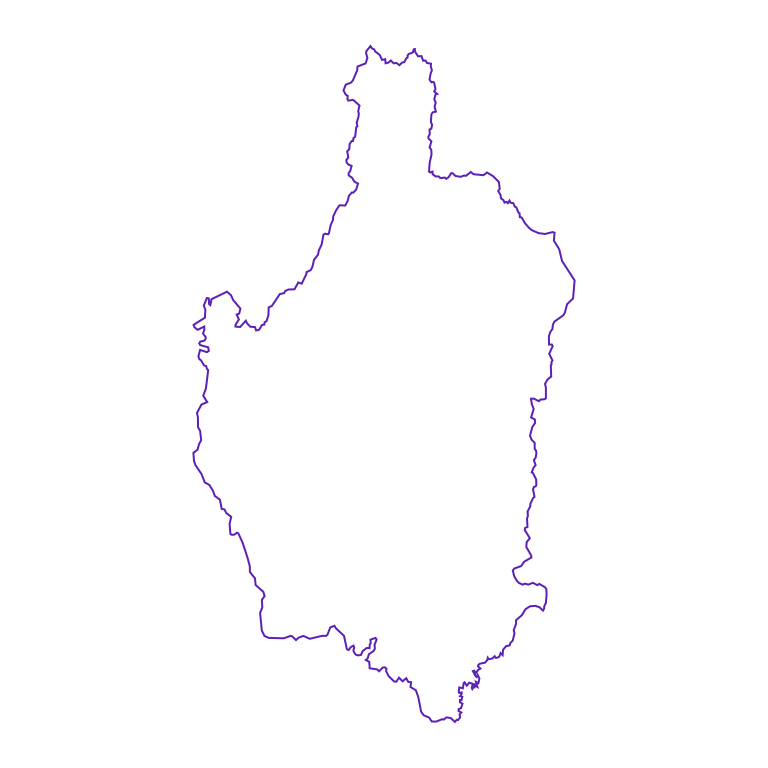 the district of Nakhon Thai, Phitsanulok, Thailand
{"feature_id": "78962969B15017109153074", "entity_name": "Nakhon Thai", "entity_type": "district", "adm_level": 2, "iso_a3": "THA", "parent_name": "Thailand", "parent_adm1": "Phitsanulok", "projection": "equal_earth", "projection_center": [100.905, 17.13], "detail": "fine", "context": "isolated", "style": "outline", "palette": "violet", "viewbox_px": 768, "rotation_deg": 0, "n_neighbors": 0, "source": "geoboundaries", "source_scale": "gbopen_adm2", "svg_char_len": 6072}
<svg xmlns="http://www.w3.org/2000/svg" viewBox="0 0 768 768"><path d="M204.0,365.3L206.2,366.1L206.9,368.9L208.2,370.1L205.9,388.6L203.2,395.7L207.2,402.1L201.4,404.6L197.0,413.0L197.9,417.1L198.0,427.1L200.1,430.9L201.2,440.2L199.1,444.0L197.5,449.8L193.4,452.8L194.0,461.0L195.5,465.2L201.5,474.0L204.8,482.4L209.3,484.9L212.9,490.6L214.8,495.9L219.9,499.7L221.7,508.9L224.4,509.4L226.4,513.2L231.2,516.8L229.6,523.8L230.4,533.9L232.0,534.9L234.6,534.5L237.0,532.7L238.3,533.3L242.5,542.4L247.6,558.0L249.8,566.3L249.9,572.0L255.0,578.4L255.6,585.0L263.3,591.8L264.6,596.1L261.9,599.8L262.3,607.5L260.1,612.8L261.8,630.5L264.5,636.0L268.8,637.9L283.8,638.3L290.6,635.9L292.3,636.4L296.0,640.1L298.4,637.8L303.4,635.9L309.7,638.8L322.3,635.8L326.0,635.9L327.5,634.6L330.3,627.4L334.4,625.8L335.9,628.3L344.0,635.8L346.9,649.3L348.7,650.0L350.7,647.2L353.5,645.6L354.2,647.5L353.4,650.5L354.2,652.6L355.9,654.7L358.1,655.4L361.0,654.9L362.5,651.3L366.6,648.0L369.6,648.1L369.7,644.6L370.8,642.9L370.4,639.7L375.5,637.9L376.6,639.6L374.6,644.6L374.8,649.0L373.3,651.2L368.9,654.2L367.7,658.2L365.8,660.0L369.2,661.8L369.7,668.3L377.2,669.4L379.1,671.3L382.7,667.5L384.7,667.3L386.4,668.6L386.1,670.9L388.5,676.0L394.2,681.5L396.3,681.7L399.0,677.7L402.6,681.3L406.2,678.2L408.3,681.9L411.1,682.2L410.5,687.0L415.8,690.2L418.3,697.0L421.1,711.6L423.6,715.2L429.2,717.7L431.8,721.5L436.4,721.5L442.2,719.2L443.7,719.6L446.3,717.4L450.7,718.0L454.9,721.9L456.7,719.8L458.1,720.0L460.1,717.4L459.6,714.4L461.3,712.5L458.5,710.9L458.6,709.1L461.0,708.2L462.5,703.7L459.9,702.2L460.0,700.0L461.5,700.1L462.3,696.7L460.1,696.2L461.7,693.6L461.6,692.4L459.2,692.9L458.7,692.1L459.3,687.4L462.9,688.3L463.7,683.0L464.6,682.3L466.8,685.7L469.2,682.7L472.7,683.8L471.8,688.0L472.3,689.0L473.1,687.6L474.5,687.4L474.2,683.6L474.9,685.4L477.4,686.9L475.9,681.8L478.4,683.2L479.4,678.5L477.6,674.8L476.7,677.0L475.7,676.2L472.9,671.1L474.2,670.7L475.8,673.0L478.2,669.9L480.4,668.6L477.9,666.2L478.4,665.0L479.7,663.8L485.1,662.6L487.1,660.3L487.8,657.8L488.6,659.2L492.4,658.5L494.7,656.2L495.6,657.8L497.0,657.8L499.3,656.7L500.6,653.1L502.6,655.1L503.1,649.7L506.0,646.2L509.6,645.4L510.4,643.0L512.7,640.6L514.5,633.5L513.7,630.2L516.1,623.8L516.0,620.3L521.9,615.1L525.4,609.3L529.9,606.3L535.5,605.9L539.4,607.2L543.0,610.6L544.1,608.7L544.3,606.1L545.9,602.8L546.6,594.4L546.3,589.0L545.1,587.3L539.3,583.9L537.3,585.1L532.8,582.8L528.4,584.6L524.6,583.6L522.9,584.7L519.0,583.0L516.8,580.8L514.1,575.9L512.8,570.5L514.3,568.5L521.1,566.1L524.3,561.6L531.4,557.5L531.1,555.3L526.3,547.0L526.7,542.1L529.8,538.2L524.7,529.9L525.2,527.9L527.5,527.0L527.0,518.7L527.9,515.8L527.6,511.4L530.3,506.3L530.3,504.0L533.1,498.0L534.5,496.8L533.0,489.3L533.9,487.0L535.6,486.4L536.4,484.9L536.1,479.3L533.0,473.1L531.7,472.4L533.6,467.6L535.6,465.2L533.9,460.1L535.7,457.5L536.4,453.3L536.1,450.7L534.7,449.0L534.7,442.9L531.6,439.7L530.0,435.7L532.3,427.0L535.1,423.0L534.8,419.4L531.1,417.5L533.7,409.0L531.8,404.1L531.0,398.7L533.7,398.6L538.9,401.2L540.4,399.6L544.7,399.2L545.9,398.2L545.9,387.5L545.0,383.8L547.6,379.4L551.2,376.6L550.8,365.5L551.6,364.1L551.3,362.4L552.5,360.5L549.2,353.8L552.7,346.1L551.8,344.5L549.0,344.5L548.9,336.2L550.5,331.6L552.4,329.0L552.9,324.8L554.3,321.7L563.3,315.3L564.8,312.8L567.1,304.2L573.1,298.4L574.6,280.4L562.0,260.9L559.2,249.2L553.9,240.7L554.6,232.7L552.6,232.1L545.0,234.0L538.5,233.1L531.9,230.2L529.1,227.9L525.1,223.4L521.7,217.5L519.9,217.2L519.5,213.1L518.4,212.6L516.3,207.3L514.9,206.7L513.2,203.1L510.7,202.8L509.5,200.6L507.8,203.2L506.4,201.8L504.5,202.6L503.4,200.1L501.1,198.5L500.5,195.0L498.2,191.0L499.7,188.8L498.9,182.0L493.0,176.1L487.0,172.5L483.4,175.2L473.5,174.2L470.8,172.0L465.9,175.9L464.0,175.5L460.8,176.8L455.5,176.0L452.7,173.3L451.3,173.1L448.5,177.3L446.2,178.8L444.9,177.6L440.3,178.1L438.8,176.5L435.6,176.4L432.7,174.3L432.5,171.6L430.2,172.5L429.0,171.6L429.7,162.6L431.5,154.7L431.3,149.9L429.6,147.4L431.4,141.3L428.5,138.5L428.3,136.8L429.8,134.2L429.5,129.5L431.3,128.8L432.1,124.8L430.9,122.1L431.4,114.5L432.6,112.4L435.9,111.6L434.6,106.8L435.7,102.7L434.3,99.2L435.6,94.3L437.1,94.0L434.2,91.4L435.5,88.9L434.1,82.7L433.3,81.9L431.4,82.3L429.5,79.6L430.8,72.8L431.9,70.6L430.8,66.3L431.0,63.7L427.0,63.0L425.5,60.5L423.1,60.7L421.5,56.1L418.0,56.3L414.9,51.4L414.9,49.1L413.8,49.3L412.8,52.5L408.6,54.1L407.6,55.5L407.6,57.5L406.3,58.3L404.2,62.2L402.0,62.6L399.5,65.2L396.3,62.9L393.7,63.4L390.8,60.5L388.4,62.6L385.6,63.3L385.2,59.2L382.0,59.9L379.8,55.0L375.0,51.3L374.3,49.5L372.0,48.4L370.5,46.1L366.3,51.2L366.1,53.3L367.4,57.8L365.6,63.4L357.6,66.5L357.1,70.6L352.8,80.6L350.9,82.7L345.7,84.7L343.5,90.5L345.8,94.6L347.8,96.0L347.4,98.8L348.2,100.6L353.2,99.9L359.5,105.5L358.2,111.3L358.8,113.5L358.5,116.7L356.7,122.7L357.4,126.4L356.3,127.2L355.1,136.7L353.5,138.0L353.1,140.9L351.5,141.1L349.6,144.2L349.3,149.2L347.2,151.3L348.3,157.5L346.3,160.1L346.7,162.6L348.2,164.4L351.6,165.9L350.2,171.0L348.6,173.2L348.7,175.4L352.0,177.7L354.4,181.7L358.0,183.6L356.1,189.7L353.2,192.7L351.8,192.5L348.9,195.9L347.7,200.8L345.3,205.5L339.5,205.3L336.3,210.0L333.2,216.4L333.0,219.9L330.7,225.0L328.9,233.3L328.0,234.3L325.0,233.7L323.5,234.6L321.6,244.6L318.9,250.3L318.0,254.7L314.0,259.9L312.4,266.9L310.7,270.1L306.6,272.1L306.2,274.4L301.7,283.7L298.3,282.4L294.5,289.3L288.5,289.5L285.2,291.0L284.1,293.1L279.8,294.1L271.9,305.9L268.7,307.4L268.4,315.5L266.5,321.2L264.6,322.2L264.4,324.6L262.0,324.9L259.2,329.7L256.1,330.5L255.0,327.1L250.3,326.7L247.0,323.3L245.8,320.7L240.1,327.0L235.5,326.6L235.6,324.6L238.9,319.5L236.7,314.5L239.2,313.6L240.4,308.6L233.2,300.1L231.0,295.2L227.0,291.7L211.5,299.2L210.3,305.1L209.1,304.1L208.8,298.4L206.9,298.0L203.8,305.5L205.4,310.0L204.9,317.7L193.6,324.8L194.5,327.3L197.6,329.8L204.2,326.6L204.3,329.9L203.0,333.5L205.7,337.2L205.7,338.6L204.5,340.6L200.3,341.6L199.2,343.3L200.2,345.1L208.2,347.3L208.8,350.9L206.9,352.2L200.1,349.9L198.4,356.5L199.4,359.2L200.9,360.2L204.0,365.3Z" fill="none" stroke="#5b21b6" stroke-width="2"/></svg>